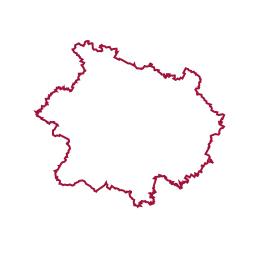 the district of Mid-Western, New South Wales, Australia, rotated 110°
{"feature_id": "25037944B76580037794190", "entity_name": "Mid-Western", "entity_type": "district", "adm_level": 2, "iso_a3": "AUS", "parent_name": "Australia", "parent_adm1": "New South Wales", "projection": "equal_earth", "projection_center": [149.8, -32.602], "detail": "fine", "context": "isolated", "style": "outline", "palette": "rose", "viewbox_px": 256, "rotation_deg": 110, "n_neighbors": 0, "source": "geoboundaries", "source_scale": "gbopen_adm2", "svg_char_len": 5767}
<svg xmlns="http://www.w3.org/2000/svg" viewBox="0 0 256 256"><g transform="rotate(110 128 128)"><path d="M128.7,215.2L131.3,213.5L131.7,212.6L132.7,213.6L133.3,212.9L132.9,212.0L133.3,211.6L133.7,212.7L136.6,214.3L136.8,216.4L139.0,215.8L139.2,215.3L140.8,216.7L141.3,216.3L141.2,217.5L141.9,217.6L141.9,216.5L142.4,216.0L142.9,217.4L143.8,217.5L142.5,218.4L143.6,219.2L144.2,218.5L144.4,220.2L145.4,218.7L146.7,218.7L147.0,217.4L147.8,217.4L147.7,214.6L148.4,213.5L147.9,212.0L149.1,212.2L149.3,208.5L150.0,205.6L150.6,205.7L150.9,203.3L148.8,202.9L148.7,201.5L147.9,200.6L147.8,199.9L148.4,200.1L148.9,195.6L149.6,194.8L149.9,195.8L154.7,196.6L155.9,197.6L159.9,196.3L160.6,193.7L159.2,192.1L159.0,189.9L157.8,189.7L159.1,179.8L160.9,178.8L162.5,179.1L162.5,179.9L163.7,180.1L165.0,177.0L167.3,175.4L169.6,176.2L171.0,175.5L172.2,176.2L173.0,175.3L172.5,176.3L173.1,176.8L176.0,175.3L176.6,176.6L178.4,176.9L178.9,175.6L179.7,175.4L181.6,176.3L182.4,177.6L183.8,178.5L186.8,179.0L187.2,179.9L187.7,179.1L191.2,179.7L193.4,182.1L193.8,180.4L195.0,181.0L199.4,178.7L198.4,177.7L201.1,176.8L200.4,175.6L201.1,173.7L203.8,173.3L203.4,171.8L203.9,169.5L203.0,168.5L202.2,164.8L200.9,163.3L201.2,160.7L199.6,159.0L198.2,159.1L195.6,156.1L194.5,155.9L192.8,152.8L193.1,150.3L194.8,148.3L195.6,143.4L196.8,141.4L197.0,138.9L198.5,138.1L198.6,136.0L197.4,135.8L189.8,130.4L186.8,129.9L187.9,129.2L188.3,128.0L190.8,127.4L191.7,124.1L188.0,123.4L189.3,119.3L188.7,118.9L188.6,117.4L188.8,115.4L189.5,114.9L188.6,113.0L188.4,110.6L189.4,108.0L188.1,107.4L188.2,106.2L186.7,104.6L186.8,103.4L187.7,103.1L189.5,104.1L191.9,102.3L192.6,100.1L193.1,99.9L193.5,97.6L196.0,97.2L197.3,96.3L197.4,95.4L198.4,95.5L197.9,92.8L198.6,91.9L197.2,91.5L196.8,89.4L195.5,91.2L194.4,91.7L193.7,91.1L194.5,90.4L194.1,89.6L193.1,90.7L191.8,90.0L192.0,89.0L190.8,86.7L191.5,86.2L190.9,83.5L192.4,80.9L192.0,80.4L191.0,81.6L189.9,81.2L191.3,79.7L190.1,78.6L190.4,77.4L189.1,79.1L188.1,78.3L187.4,79.3L186.1,79.4L185.4,80.9L184.4,80.1L184.2,81.2L185.2,81.8L185.6,83.3L184.4,83.6L184.1,82.6L182.9,82.4L182.0,85.4L181.6,84.9L181.7,82.6L180.7,82.6L180.5,81.4L178.9,80.3L178.7,82.4L178.3,82.5L178.2,81.4L177.6,81.5L176.0,83.9L174.8,83.2L174.0,83.9L166.3,84.3L166.5,86.4L164.7,85.6L162.8,81.7L161.5,82.5L161.3,81.0L161.9,79.5L160.6,77.6L161.4,75.5L162.3,76.1L162.6,75.6L162.0,74.9L163.3,74.2L163.6,72.6L163.2,70.3L164.6,69.8L163.6,68.6L163.4,67.4L165.2,68.6L165.8,67.7L164.9,66.5L165.5,64.5L164.1,64.2L163.9,63.6L164.4,62.3L165.2,62.4L165.3,61.2L165.8,61.3L166.1,59.4L167.0,58.6L166.8,57.9L165.9,57.2L165.5,58.7L164.6,57.9L163.6,58.8L163.1,58.0L162.5,58.0L162.5,60.2L161.3,60.9L162.2,59.2L161.2,59.0L161.6,58.0L160.8,57.1L159.6,57.6L159.8,56.2L158.8,55.9L159.0,53.6L157.9,53.4L157.9,53.9L156.6,53.7L156.4,55.0L155.9,54.9L155.6,57.3L152.8,56.8L153.3,53.1L150.1,52.6L151.2,48.8L149.4,48.6L147.7,49.3L147.8,48.0L148.9,48.2L149.2,46.2L147.9,46.0L147.8,46.8L144.2,46.2L144.4,43.8L144.2,43.8L144.0,45.0L138.6,44.5L138.4,45.8L138.0,45.8L138.1,43.9L134.7,43.5L134.9,42.3L133.8,41.3L131.6,41.7L131.9,39.5L131.2,39.4L131.7,35.8L131.3,37.1L129.5,39.1L129.4,41.5L127.5,41.1L126.1,42.8L125.9,46.3L118.5,45.0L118.5,45.7L117.0,45.4L117.1,44.8L116.1,46.5L115.5,46.6L113.4,45.4L112.4,46.0L111.5,45.1L111.3,45.8L109.1,45.9L108.8,46.8L107.0,47.5L103.9,44.0L103.2,40.6L101.7,40.2L100.5,41.0L98.1,41.1L96.5,40.4L95.2,38.6L93.9,38.3L93.2,43.3L91.3,44.4L91.3,41.9L90.4,41.7L90.1,43.5L87.1,43.0L87.2,42.3L83.0,42.1L82.7,43.9L84.7,47.0L84.8,48.9L82.6,49.4L83.3,52.3L82.8,55.7L80.7,56.0L79.7,57.1L79.6,58.4L79.2,58.7L77.7,58.2L77.8,62.6L76.1,63.4L75.6,65.8L74.3,66.4L73.4,69.5L71.7,70.2L71.8,72.4L72.9,74.4L71.9,75.1L71.0,74.7L69.0,77.7L67.5,77.4L66.5,75.0L65.7,74.9L64.9,76.0L63.9,75.5L61.0,76.7L59.9,76.4L59.9,75.8L57.3,76.4L57.3,77.1L55.5,78.1L54.2,81.3L54.7,82.5L53.4,83.1L53.6,84.2L52.6,85.4L53.8,87.5L52.8,88.3L53.0,90.7L52.1,91.8L52.2,94.2L57.3,94.8L57.5,93.1L62.9,93.8L62.6,95.7L64.8,96.4L64.5,98.1L66.5,99.7L66.0,102.2L64.7,101.3L62.7,102.0L64.2,105.9L65.3,106.7L63.3,107.2L63.5,108.3L64.1,109.7L65.7,108.7L66.0,110.5L67.5,109.6L68.1,110.1L67.2,111.7L65.3,112.4L66.3,114.7L65.5,115.7L64.7,118.9L63.3,118.7L63.5,121.0L64.6,122.4L64.5,122.9L62.1,124.3L62.2,127.5L60.1,127.2L59.7,128.8L60.1,129.3L62.5,129.4L64.0,131.5L64.1,133.6L66.9,134.4L67.2,135.4L68.0,135.5L68.0,137.2L68.9,140.0L67.3,142.8L65.6,144.0L67.2,144.3L66.6,148.5L67.3,149.8L66.0,157.5L65.9,159.6L66.9,159.8L66.2,164.9L60.6,163.9L61.5,164.9L60.4,165.6L58.7,165.3L57.4,165.9L58.9,169.0L60.2,170.3L58.1,173.0L59.8,176.0L59.2,177.2L59.6,180.1L58.9,181.1L60.3,182.2L60.7,181.3L61.7,182.0L62.1,179.7L64.2,178.6L65.1,179.4L65.1,180.6L66.3,182.7L65.1,185.0L66.1,186.9L65.3,188.2L60.7,190.3L60.7,191.1L62.6,193.7L61.7,194.7L60.0,194.5L60.0,195.3L60.8,197.0L62.2,197.8L64.0,197.4L65.6,198.2L66.1,197.0L66.0,201.7L65.3,203.1L68.2,205.9L69.7,205.6L70.3,204.9L72.0,205.6L73.1,207.0L75.3,204.3L75.4,201.6L76.8,201.0L76.6,199.1L77.5,198.7L77.6,197.6L78.6,197.0L79.2,194.2L81.5,195.4L81.7,191.5L83.8,191.9L84.8,193.1L86.9,190.0L88.5,188.8L88.6,186.9L89.0,188.5L92.1,188.8L93.6,192.3L94.2,191.4L94.6,192.1L94.9,191.7L97.4,192.1L99.0,190.8L99.1,191.6L100.2,191.8L101.1,192.9L102.0,193.1L102.5,192.5L102.6,193.1L105.2,193.6L105.1,194.5L108.6,194.7L108.8,193.3L112.0,193.9L112.1,194.7L112.9,194.4L113.3,194.9L112.1,196.3L112.2,196.9L111.6,197.6L112.3,197.8L111.7,199.0L112.2,199.5L112.7,199.1L113.7,201.0L111.9,202.1L113.2,202.2L113.3,202.6L112.8,203.1L113.4,203.2L114.7,204.7L113.8,205.9L113.2,205.7L113.3,207.3L114.8,207.6L114.7,208.7L116.6,208.4L117.2,209.3L117.8,208.2L117.9,209.1L118.9,209.1L120.8,211.2L121.8,211.2L122.0,212.1L123.8,211.8L124.3,213.4L125.2,212.7L126.1,213.2L126.6,212.4L127.6,212.4L128.7,215.2Z" fill="none" stroke="#9f1239" stroke-width="2"/></g></svg>